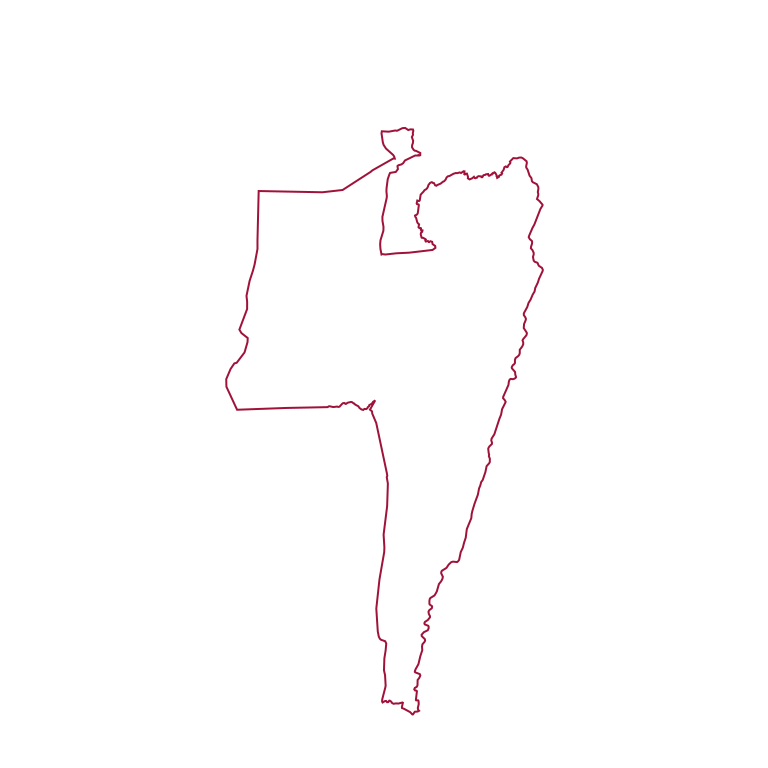 Kibwezi East, Eastern, Kenya, rotated 34°
{"feature_id": "3690345B7491344905793", "entity_name": "Kibwezi East", "entity_type": "district", "adm_level": 2, "iso_a3": "KEN", "parent_name": "Kenya", "parent_adm1": "Eastern", "projection": "equal_earth", "projection_center": [38.226, -2.656], "detail": "fine", "context": "isolated", "style": "outline", "palette": "rose", "viewbox_px": 768, "rotation_deg": 34, "n_neighbors": 0, "source": "geoboundaries", "source_scale": "gbopen_adm2", "svg_char_len": 6165}
<svg xmlns="http://www.w3.org/2000/svg" viewBox="0 0 768 768"><g transform="rotate(34 384 384)"><path d="M254.9,474.4L276.6,487.5L316.8,458.2L350.2,434.7L350.7,433.4L351.5,432.8L354.8,431.5L357.8,428.9L358.9,428.6L359.8,427.7L360.4,423.7L360.8,422.7L362.0,421.8L363.1,422.1L363.7,421.6L364.3,419.9L366.7,417.3L367.8,416.9L369.9,417.1L370.3,416.8L371.5,417.2L375.1,416.8L377.1,417.6L379.5,417.7L381.3,417.1L381.7,415.6L383.2,414.8L383.8,413.4L383.5,412.3L384.0,410.9L383.6,409.7L384.6,407.8L385.0,406.2L384.9,404.9L385.9,402.5L386.7,413.1L389.4,413.4L390.8,415.1L399.4,420.7L436.1,456.2L438.1,458.3L438.3,459.6L442.9,464.4L454.9,483.5L467.9,509.1L475.8,519.4L478.2,523.3L489.5,548.5L503.2,574.5L517.2,592.6L521.0,596.4L523.0,597.5L524.6,597.7L528.8,596.6L531.0,597.9L534.4,604.1L537.7,611.2L544.1,621.4L547.7,624.8L554.0,633.1L554.7,634.6L558.9,646.5L559.9,648.2L560.9,648.8L562.2,646.2L563.1,645.6L564.4,646.1L564.9,645.8L565.4,645.3L565.4,643.6L565.8,643.3L567.7,643.3L568.6,643.9L570.7,643.8L572.4,642.2L574.7,640.8L577.3,637.8L577.9,637.7L579.4,641.7L580.2,642.6L582.1,642.1L589.2,641.4L592.3,642.1L592.8,641.7L592.8,638.5L595.1,636.7L595.8,635.3L594.5,635.0L593.2,633.7L591.8,630.0L589.9,627.5L589.1,627.2L587.6,628.3L587.1,628.1L583.1,620.3L582.4,620.1L581.1,620.7L579.8,620.2L579.5,618.7L580.5,616.7L580.4,615.8L580.1,614.8L577.4,610.6L577.6,607.9L577.1,605.3L575.9,604.5L571.1,605.6L570.5,605.4L570.2,604.8L569.7,602.9L569.2,597.0L566.3,589.3L564.6,583.3L562.4,580.5L561.4,578.3L561.8,575.2L561.6,573.8L560.6,572.7L556.3,571.9L555.4,570.9L555.8,567.5L558.0,563.7L557.6,561.5L556.7,560.2L555.9,559.7L552.2,560.5L551.2,559.7L551.0,558.3L552.3,555.2L552.6,551.8L551.9,550.7L549.8,549.6L548.2,547.9L548.0,546.3L549.0,543.2L548.5,541.8L547.9,541.3L545.5,541.3L544.6,540.9L542.8,538.2L542.1,536.5L542.1,535.5L544.0,531.3L544.1,530.1L543.8,526.5L541.4,519.1L541.7,515.6L541.4,512.8L540.6,510.9L537.2,508.9L536.6,507.8L536.4,506.5L538.6,501.6L538.6,497.5L539.4,494.0L540.5,492.7L544.1,490.8L544.6,489.5L544.6,487.7L541.6,480.4L540.9,475.7L539.1,470.7L537.7,465.7L533.8,458.0L531.4,446.4L529.4,442.8L528.3,440.0L526.0,432.6L523.7,423.2L521.2,417.4L520.6,414.4L519.4,410.9L519.5,408.3L517.3,400.3L515.0,394.7L515.5,391.0L515.4,389.6L513.5,386.7L511.3,385.2L510.6,383.7L509.5,382.8L506.6,379.4L506.3,378.1L506.3,376.6L507.0,373.4L506.4,372.3L504.5,370.8L503.7,369.0L503.6,364.0L499.1,348.2L498.2,343.9L496.0,338.9L495.0,331.4L494.7,330.6L493.0,329.8L490.7,329.2L490.0,328.0L487.7,315.2L486.1,312.0L485.7,310.1L486.2,308.9L488.2,307.9L489.2,306.6L489.7,305.2L489.6,304.4L487.7,302.9L485.9,300.7L481.4,299.5L480.8,299.1L480.4,298.2L480.3,296.3L480.8,295.0L480.8,293.3L479.0,290.7L478.6,288.8L479.6,286.0L479.8,284.1L479.3,282.5L477.4,279.7L477.6,275.6L477.2,273.2L476.2,271.7L474.4,270.3L474.3,268.8L474.8,263.9L474.2,262.2L473.6,261.6L468.6,259.5L466.6,256.0L465.8,252.0L465.3,250.7L463.9,249.7L461.4,248.7L460.4,247.2L459.7,240.0L458.5,236.0L458.3,231.9L457.3,226.8L457.1,223.1L455.7,219.9L454.8,213.8L453.7,210.1L452.3,201.4L451.7,200.4L450.0,199.4L446.2,199.4L443.4,197.7L440.5,198.4L439.1,198.0L436.4,195.3L435.7,193.0L434.8,191.6L432.3,190.0L429.9,189.4L429.1,187.9L428.3,185.0L427.4,183.4L426.6,182.7L424.0,182.4L421.9,181.4L421.4,179.9L419.8,171.5L419.5,167.8L415.8,151.5L415.6,147.4L415.2,146.7L410.5,145.4L407.4,145.1L406.4,141.5L405.6,140.1L404.2,138.9L402.8,135.7L401.7,134.4L399.0,132.9L394.5,133.5L393.2,133.1L391.0,130.8L388.2,129.9L383.2,126.0L380.9,125.0L380.1,124.0L378.8,120.8L377.6,119.6L372.7,119.2L371.1,119.5L369.4,120.8L368.1,122.6L364.9,124.4L364.0,129.2L365.1,129.9L365.2,130.7L364.8,133.1L365.1,135.0L364.7,135.5L363.3,135.5L362.6,137.0L363.4,139.5L363.3,143.2L364.2,143.4L364.3,144.8L363.2,146.3L363.0,147.2L363.5,147.8L362.9,149.2L362.6,148.6L362.1,149.3L361.7,148.6L361.0,148.7L360.6,148.0L358.1,146.7L357.1,146.8L356.9,148.2L356.2,148.4L356.0,149.3L356.3,150.0L355.5,150.8L355.1,152.2L354.5,152.7L353.9,152.6L352.9,151.7L351.2,153.2L351.0,154.0L349.9,155.0L349.7,155.5L349.9,157.5L349.2,158.0L348.6,157.5L346.2,158.8L345.5,160.0L345.7,160.9L344.7,162.3L344.1,162.5L342.7,161.9L342.1,164.1L340.6,166.5L338.5,166.6L337.8,165.3L335.1,163.2L334.5,163.7L333.9,165.1L333.3,165.2L331.8,162.7L331.0,163.1L329.9,166.0L328.4,166.3L326.8,168.3L325.6,168.9L324.0,170.9L322.1,174.7L320.7,176.3L320.4,177.9L320.8,180.1L320.5,182.2L319.8,183.3L318.9,186.2L316.7,189.6L316.6,190.3L315.3,190.7L313.1,189.5L311.9,190.0L311.4,189.8L310.6,190.1L309.7,191.7L309.6,194.4L310.1,195.9L310.3,197.6L310.0,199.1L309.2,200.6L309.2,202.2L308.5,206.5L311.0,211.9L310.8,212.6L310.4,212.9L309.0,213.3L310.1,216.0L310.8,216.4L312.2,215.8L312.8,216.1L316.4,223.3L316.6,224.3L316.5,225.3L315.5,227.0L316.5,227.9L317.7,228.3L321.0,231.2L322.1,231.8L323.8,232.0L324.9,234.7L325.4,234.9L326.5,234.9L327.0,234.3L327.6,234.2L328.5,235.6L330.0,235.1L330.5,236.3L330.5,236.9L330.0,237.2L330.1,237.9L330.7,239.3L333.1,241.5L333.8,241.6L334.4,241.0L337.2,240.7L337.8,240.8L337.7,241.5L338.1,242.1L339.0,242.5L340.5,240.9L341.7,241.3L342.1,241.1L342.6,239.7L344.4,239.2L346.1,240.9L349.2,240.9L350.5,242.4L349.3,245.7L331.5,261.0L321.2,268.7L312.7,275.9L309.9,277.3L309.5,278.0L305.6,274.1L302.7,270.4L300.7,266.8L297.8,257.3L295.7,254.0L291.5,249.6L289.2,246.3L282.3,228.5L281.3,226.6L278.1,222.7L276.4,219.8L272.6,212.2L271.3,207.4L271.0,205.6L275.2,201.6L275.4,198.1L273.3,195.8L273.6,194.6L275.6,192.3L276.4,190.3L276.4,186.9L282.1,177.1L284.3,175.7L284.4,175.0L285.3,175.0L286.1,174.1L284.9,172.2L280.2,172.8L278.9,173.4L277.6,173.3L274.9,172.1L273.8,170.4L273.3,168.3L272.2,166.1L269.0,163.7L268.7,161.2L267.5,159.8L266.8,157.8L265.7,156.8L263.4,158.2L262.1,159.9L258.3,159.9L256.2,161.6L253.2,166.8L251.6,167.5L246.8,172.2L240.9,175.7L241.8,177.6L247.9,184.3L250.0,186.0L254.0,187.7L263.5,189.0L265.2,189.7L266.9,191.1L265.6,191.9L254.9,213.4L254.3,215.6L241.2,246.3L225.7,259.5L172.2,294.1L198.8,335.7L203.6,342.8L209.9,357.3L212.0,363.4L214.9,373.6L220.7,387.8L224.6,392.4L228.6,398.4L233.7,419.8L237.3,421.5L245.3,422.1L247.4,425.5L250.6,435.4L250.7,436.4L250.0,448.8L248.4,450.6L248.4,457.3L250.5,468.2L254.9,474.4Z" fill="none" stroke="#9f1239" stroke-width="2"/></g></svg>